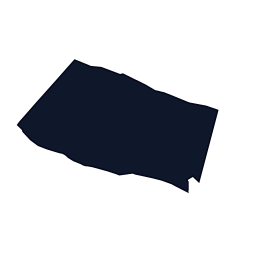 the district of Nuevo Morelos, Tamaulipas, Mexico, rotated 128°
{"feature_id": "50627088B99419541520683", "entity_name": "Nuevo Morelos", "entity_type": "district", "adm_level": 2, "iso_a3": "MEX", "parent_name": "Mexico", "parent_adm1": "Tamaulipas", "projection": "robinson", "projection_center": [-99.189, 22.515], "detail": "fine", "context": "isolated", "style": "filled", "palette": "ink", "viewbox_px": 256, "rotation_deg": 128, "n_neighbors": 0, "source": "geoboundaries", "source_scale": "gbopen_adm2", "svg_char_len": 1109}
<svg xmlns="http://www.w3.org/2000/svg" viewBox="0 0 256 256"><g transform="rotate(128 128 128)"><path d="M110.5,212.0L118.4,212.5L131.9,213.3L151.7,214.6L168.4,215.7L176.2,216.1L177.6,216.2L177.8,216.2L179.5,216.3L189.4,216.9L191.2,216.9L193.5,216.8L194.2,210.0L195.2,208.8L195.5,207.8L197.1,197.7L197.1,195.9L196.9,189.0L196.9,188.5L196.9,188.0L196.8,187.6L196.7,187.5L194.6,180.5L194.0,178.6L191.0,170.8L189.2,166.3L188.4,164.9L187.9,163.5L187.5,160.3L187.8,156.9L187.1,150.7L184.8,142.8L184.7,141.3L183.8,138.6L183.4,137.9L182.9,137.2L182.7,137.0L180.2,132.3L174.0,117.4L170.9,108.8L170.1,106.0L160.3,96.5L160.3,96.2L159.7,94.2L152.0,78.3L148.1,69.4L144.8,59.3L144.1,55.0L141.5,41.6L140.9,42.3L139.9,42.6L133.5,47.7L132.6,49.9L125.9,47.3L126.7,39.1L78.0,60.0L58.9,68.2L62.9,79.9L64.1,82.2L67.2,88.2L69.8,93.2L70.7,95.0L71.4,97.2L73.0,102.9L75.2,110.7L78.2,121.1L78.3,121.3L79.5,123.9L79.7,124.4L81.0,127.3L82.2,129.8L83.5,140.2L84.5,145.2L86.5,154.5L88.5,164.4L88.7,165.3L90.9,166.9L91.1,167.5L97.0,186.4L102.6,195.1L107.3,211.8L110.5,212.0Z" fill="#0f172a" stroke="#020617" stroke-width="1.5"/></g></svg>